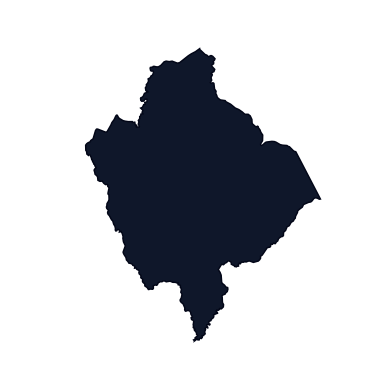 outline of Gorongosa, Sofala, Mozambique, rotated 29°
{"feature_id": "85939544B94652077383293", "entity_name": "Gorongosa", "entity_type": "district", "adm_level": 2, "iso_a3": "MOZ", "parent_name": "Mozambique", "parent_adm1": "Sofala", "projection": "orthographic", "projection_center": [34.322, -18.644], "detail": "fine", "context": "isolated", "style": "filled", "palette": "ink", "viewbox_px": 384, "rotation_deg": 29, "n_neighbors": 0, "source": "geoboundaries", "source_scale": "gbopen_adm2", "svg_char_len": 6054}
<svg xmlns="http://www.w3.org/2000/svg" viewBox="0 0 384 384"><g transform="rotate(29 192 192)"><path d="M307.7,135.9L263.3,106.5L261.1,106.9L255.3,105.2L253.8,105.5L252.5,105.3L248.6,107.1L246.3,107.8L241.2,107.7L239.5,108.0L237.3,109.0L232.8,112.3L232.2,113.1L231.0,116.6L230.4,117.5L229.7,117.8L228.7,116.9L228.8,112.9L226.2,107.9L223.3,106.4L221.3,104.7L218.9,103.6L218.1,102.7L217.4,102.7L216.7,103.7L215.9,104.0L211.8,103.1L211.1,102.5L209.2,99.5L206.0,97.2L203.5,96.8L200.7,98.3L200.1,98.3L197.1,97.6L193.0,97.2L189.2,97.6L183.2,96.5L178.1,96.6L176.7,96.0L172.2,97.7L169.3,97.3L167.8,96.6L166.8,95.5L164.9,94.2L164.2,92.2L161.8,91.0L158.5,86.4L157.4,86.3L156.0,87.7L155.0,87.4L155.0,84.6L153.6,83.2L153.1,82.3L153.0,79.8L152.4,79.2L151.4,79.4L151.2,79.0L151.6,77.8L152.8,76.1L152.4,73.7L148.4,72.4L147.9,71.9L147.9,71.1L148.7,69.5L148.4,68.5L147.3,67.7L147.7,65.6L147.5,64.3L144.4,63.3L143.0,63.3L142.3,63.6L140.9,65.6L139.7,65.5L138.7,65.1L136.8,65.4L129.8,63.6L129.2,62.9L127.0,67.6L124.4,71.5L122.7,74.7L118.4,85.0L116.7,86.4L111.2,87.2L108.9,89.0L105.9,90.1L104.5,91.7L103.4,96.3L101.9,98.9L100.5,99.7L97.8,100.5L97.1,101.1L97.0,102.1L95.9,102.6L95.2,103.3L95.5,104.3L97.0,105.9L98.1,105.8L99.2,105.1L99.7,105.3L100.5,106.4L100.8,108.9L99.9,110.4L100.1,112.2L98.8,114.4L100.2,116.0L100.4,118.4L100.0,120.2L100.9,121.5L100.7,123.4L102.4,125.6L103.1,125.8L104.6,125.5L104.9,126.0L103.9,126.8L103.2,128.3L102.6,128.7L102.9,132.0L102.4,133.4L101.6,134.3L101.6,135.0L102.8,136.7L104.0,137.0L105.7,135.9L106.0,133.6L107.4,132.7L108.0,133.0L108.8,134.9L108.4,135.6L107.3,136.6L108.5,137.9L107.4,139.0L107.6,141.9L106.4,143.5L109.5,144.3L109.7,146.5L111.2,147.4L109.6,148.5L110.1,150.5L109.7,151.4L110.7,153.1L110.4,155.5L111.6,156.4L111.9,158.1L112.6,159.0L114.1,160.0L114.2,160.9L112.5,161.7L112.4,162.1L111.7,162.1L111.3,161.6L111.5,160.8L111.2,160.4L109.8,160.8L108.1,158.7L106.1,160.1L105.6,159.4L102.0,161.4L99.1,162.5L97.1,163.0L93.0,162.9L91.6,162.5L89.4,161.1L88.7,161.4L88.5,162.6L88.8,166.3L88.3,170.1L88.6,172.8L88.5,180.3L87.9,181.3L87.1,181.6L79.0,182.7L78.0,183.3L77.8,184.9L79.7,193.4L78.5,196.1L78.5,197.6L77.2,199.3L76.5,200.9L76.3,202.6L78.9,207.0L80.2,207.7L81.7,209.8L83.7,210.2L83.8,209.2L84.9,209.1L87.3,210.8L88.7,212.4L89.8,212.7L90.4,213.7L91.4,214.0L92.6,215.2L93.8,215.4L94.4,216.2L96.1,217.1L96.3,217.7L95.9,218.3L95.7,219.9L96.1,220.8L96.8,221.3L98.7,223.5L100.7,223.9L102.1,224.6L104.1,227.4L106.3,227.3L108.2,226.0L110.6,227.1L112.4,227.4L113.2,227.3L113.8,226.6L114.3,226.4L114.8,226.5L115.6,227.9L117.4,228.5L119.1,233.8L119.6,234.5L120.8,234.9L123.1,238.8L123.4,240.4L123.3,243.4L124.2,245.3L124.4,246.6L125.3,247.6L128.0,248.7L128.1,249.3L127.9,250.0L128.3,251.2L129.6,252.3L131.1,252.7L135.1,255.3L136.7,255.7L139.1,258.1L141.2,259.3L142.7,261.0L143.3,262.4L144.2,263.0L144.9,262.5L145.0,261.0L145.8,260.5L146.9,260.6L147.6,261.1L147.9,262.2L149.2,260.8L149.9,261.5L150.6,261.7L153.3,264.3L154.0,266.0L156.2,268.8L159.8,271.4L160.8,277.6L161.2,278.4L162.8,279.6L166.0,281.3L167.6,283.2L169.8,283.9L171.2,284.8L173.6,284.1L174.9,284.2L175.8,284.8L177.7,284.6L178.2,284.9L178.7,286.4L179.6,285.6L181.3,286.4L183.6,286.3L184.3,287.0L184.6,288.2L185.5,289.2L187.5,289.6L188.2,290.4L188.6,291.5L189.3,292.0L191.0,292.1L191.6,292.9L191.8,293.9L192.9,294.8L195.3,295.3L196.3,297.0L199.1,297.3L201.1,298.4L201.6,298.2L202.2,297.3L204.8,296.1L204.9,294.9L203.6,292.7L204.8,291.2L206.3,290.7L206.7,289.8L206.4,288.3L207.3,286.4L207.7,285.9L209.3,285.0L209.8,283.8L211.8,282.9L212.9,283.1L216.1,280.6L218.9,280.3L221.2,279.1L223.2,278.8L223.7,278.2L224.8,279.8L226.9,279.3L227.4,279.7L227.9,280.9L229.2,281.6L230.0,282.4L230.8,285.1L232.2,285.8L233.0,286.6L234.0,289.9L233.9,291.8L234.4,292.9L236.1,293.8L238.3,294.1L241.5,296.5L242.3,297.5L242.7,298.6L243.7,299.3L244.3,299.3L245.9,297.5L247.9,297.2L249.1,297.9L250.6,299.7L251.7,300.1L253.0,301.3L252.4,301.9L252.2,302.4L253.2,303.5L253.6,303.8L254.6,303.6L256.2,304.2L257.4,307.5L258.4,308.6L258.6,309.7L259.2,310.1L260.1,310.0L260.7,311.2L261.2,310.8L261.6,311.9L263.2,312.4L264.6,313.5L265.0,314.3L266.4,314.5L266.7,315.1L266.4,315.6L266.5,316.0L265.9,316.4L265.9,317.3L265.4,317.9L266.1,319.1L265.1,320.6L265.7,320.8L266.2,320.2L266.4,321.1L267.1,319.7L267.3,318.2L268.2,318.1L268.6,318.5L269.9,318.0L269.8,316.3L270.7,315.4L271.2,315.5L271.5,314.4L271.3,313.8L270.5,313.0L271.8,311.8L271.6,310.9L272.3,309.7L270.9,308.3L270.5,305.7L269.5,304.8L270.4,303.1L271.4,303.4L271.7,303.1L271.0,302.4L269.7,301.8L269.3,301.0L270.5,299.9L271.7,299.9L272.0,299.3L271.6,298.8L270.7,299.2L269.5,297.1L270.8,295.4L270.6,295.0L270.9,294.4L270.6,293.8L271.6,291.6L271.5,290.5L270.3,288.9L271.3,288.1L271.3,287.1L271.7,287.3L273.1,285.7L272.7,285.2L272.0,285.3L271.8,284.8L271.2,284.8L270.7,284.2L270.9,283.5L271.2,283.7L271.8,282.8L272.5,282.5L272.5,281.8L272.8,281.6L272.6,280.7L273.2,280.7L273.3,280.3L274.4,279.9L275.1,277.3L274.2,275.2L272.2,273.9L269.4,269.3L268.5,268.5L269.1,266.8L270.4,265.4L270.4,263.9L271.1,262.0L270.5,259.6L269.5,258.3L267.7,258.7L265.6,257.7L263.1,257.3L261.8,256.7L257.8,250.6L255.5,248.7L252.6,247.1L252.9,240.9L254.8,240.3L255.5,238.0L256.4,236.9L256.7,235.5L257.1,234.7L257.9,234.3L260.0,234.4L260.7,234.9L261.4,236.1L263.3,236.1L264.5,235.8L265.3,236.5L266.3,236.0L266.9,236.1L267.6,234.9L268.6,234.3L267.6,232.6L268.0,232.0L267.9,231.3L268.8,231.5L269.1,231.3L269.2,229.3L270.9,228.6L271.5,227.5L272.3,227.5L272.7,226.7L273.4,226.8L274.8,225.1L275.9,224.4L279.8,223.8L283.5,220.2L284.0,218.4L284.1,216.8L283.1,215.0L284.0,213.1L284.8,204.2L286.9,202.4L287.0,201.2L286.2,199.4L287.8,198.7L287.8,197.6L288.1,197.1L289.1,197.1L289.9,196.7L290.0,194.8L290.7,193.2L290.4,191.5L290.5,190.3L291.4,188.2L292.7,187.0L293.1,185.9L291.6,182.8L292.5,180.3L292.0,176.4L293.4,174.3L293.4,170.5L294.7,168.2L294.6,166.2L295.0,165.0L294.3,162.9L294.2,159.0L293.6,157.2L294.2,155.3L295.8,151.8L295.6,148.9L299.0,144.5L300.7,143.1L301.3,141.6L301.7,138.7L302.5,137.4L304.5,136.6L306.8,136.6L307.7,135.9Z" fill="#0f172a" stroke="#020617" stroke-width="1.5"/></g></svg>